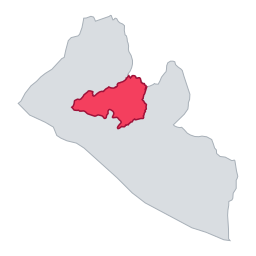 Bong highlighted on a map of Liberia
{"feature_id": "LBR-784", "entity_name": "Bong", "entity_type": "County", "adm_level": 1, "iso_a3": "LBR", "parent_name": "Liberia", "parent_adm1": "", "projection": "mercator", "projection_center": [-9.669, 6.93], "detail": "fine", "context": "in_parent", "style": "filled", "palette": "rose", "viewbox_px": 256, "rotation_deg": 0, "n_neighbors": 0, "source": "natural_earth", "source_scale": "10m", "svg_char_len": 5705}
<svg xmlns="http://www.w3.org/2000/svg" viewBox="0 0 256 256"><path d="M18.2,103.4L21.0,101.0L25.2,93.2L31.0,85.8L36.5,81.4L40.8,76.9L45.3,73.4L51.9,69.3L61.8,58.6L64.2,57.4L65.8,50.0L68.3,40.6L71.2,37.6L78.0,35.9L79.6,34.3L82.0,27.6L83.5,19.9L83.7,18.2L86.3,18.0L90.9,16.3L93.6,17.1L94.7,19.3L95.4,21.2L109.2,16.4L110.5,15.4L111.2,15.5L112.9,19.9L113.9,19.6L114.8,18.4L115.7,18.2L116.8,18.8L117.9,20.9L119.6,22.7L122.6,24.0L124.5,25.7L124.3,30.4L125.1,34.9L126.4,35.9L127.1,38.6L127.4,41.6L128.1,43.2L128.6,46.1L128.4,49.3L128.9,51.6L131.1,55.5L132.5,60.4L132.5,63.9L131.7,67.5L130.3,70.8L127.7,74.5L127.5,75.9L129.0,76.9L131.3,77.0L133.3,76.3L138.2,78.0L140.8,80.4L143.0,83.3L145.0,84.8L146.0,86.7L149.5,86.2L153.5,84.4L154.3,83.5L155.5,84.0L158.2,84.2L160.0,80.9L161.5,77.2L164.6,73.2L166.1,71.6L166.5,69.0L166.7,65.7L167.8,62.8L170.4,61.2L173.2,61.2L174.8,61.8L175.5,64.6L177.8,66.8L179.7,68.2L180.7,68.8L182.3,70.5L183.9,76.1L189.9,94.3L189.6,99.4L188.4,102.6L188.3,105.8L187.9,109.0L184.3,114.2L173.4,124.8L174.3,125.8L176.9,127.0L179.5,127.6L181.7,127.3L184.4,129.9L187.3,133.2L190.4,135.0L194.8,136.5L198.7,136.7L202.0,136.1L206.7,136.8L211.7,139.5L213.4,144.1L214.6,148.0L216.4,150.0L216.6,153.5L220.1,156.5L225.2,157.1L231.7,160.6L233.4,160.4L234.1,160.0L234.9,160.7L236.5,170.9L237.8,176.3L237.1,178.5L236.2,180.2L236.2,188.4L233.2,193.2L232.8,198.3L231.9,200.0L228.8,201.5L228.7,205.5L227.9,210.3L227.6,215.4L228.5,228.8L228.6,238.8L230.0,240.6L223.9,239.8L205.8,232.2L191.9,227.8L145.2,202.9L132.2,192.9L117.3,178.0L84.0,148.0L76.4,143.1L66.9,140.8L61.0,138.2L56.8,135.5L53.4,127.1L45.1,122.2L29.7,115.1L18.2,103.4Z" fill="#d9dde1" stroke="#a8b0b8" stroke-width="1"/><path d="M126.2,78.2L126.7,78.0L128.2,76.5L128.8,75.6L129.9,77.4L130.5,78.0L131.3,76.8L131.6,76.7L131.9,76.5L132.0,75.9L132.2,75.7L132.7,75.6L133.6,75.6L134.3,75.7L134.7,75.9L135.2,76.1L135.6,76.6L135.9,77.7L136.2,78.0L137.1,78.2L138.9,77.7L139.7,77.8L140.5,78.9L141.2,82.3L142.6,83.5L142.9,83.5L144.1,83.5L144.4,83.7L144.4,84.6L144.8,85.0L145.9,85.5L146.1,86.2L145.6,88.1L146.2,87.5L146.6,87.4L146.4,87.9L144.6,93.8L143.7,95.1L143.6,95.9L143.5,96.4L143.3,97.1L143.2,97.6L143.2,98.3L143.1,98.5L142.2,99.4L142.2,99.6L142.6,100.0L142.8,100.5L143.1,100.6L143.5,100.8L143.7,101.1L143.9,101.4L144.0,101.8L144.2,102.1L144.4,102.3L144.5,102.5L144.7,103.1L144.8,103.3L145.0,103.4L145.4,103.4L145.5,103.5L145.9,104.0L146.4,104.5L146.4,104.9L146.1,106.4L146.1,107.0L146.1,107.5L146.3,108.6L146.3,109.0L146.1,109.3L145.7,109.6L145.6,109.8L145.4,110.0L145.1,110.2L145.0,110.5L145.2,110.9L145.3,111.3L145.4,111.6L145.2,111.8L144.8,112.2L144.7,112.4L144.6,112.7L144.5,112.9L144.1,113.5L144.2,114.0L144.0,114.8L143.9,115.2L143.7,115.5L143.3,115.9L143.3,116.2L143.7,116.9L143.7,117.2L143.4,118.1L143.2,118.4L142.9,118.5L142.4,118.5L141.8,118.5L140.9,118.5L135.8,119.8L135.2,119.7L135.1,119.4L135.0,119.2L134.6,119.0L134.4,119.1L134.2,119.3L133.9,119.6L133.1,120.2L132.8,120.5L132.7,120.8L132.6,121.1L132.5,121.4L132.3,121.6L131.9,122.0L131.6,122.0L131.1,122.0L130.8,122.1L129.8,123.1L129.0,123.7L128.7,124.1L128.4,124.8L128.1,124.8L127.8,124.7L127.4,124.6L127.1,124.7L126.8,124.9L126.6,125.2L126.3,125.2L126.0,125.1L125.6,125.1L125.4,125.5L125.0,126.3L124.6,126.6L124.2,126.8L123.7,126.8L123.0,126.8L122.7,126.8L122.1,126.6L121.7,126.5L121.4,126.7L120.4,127.5L119.0,128.4L118.4,128.6L117.9,128.6L117.8,128.4L117.6,128.2L117.5,127.8L117.5,127.6L117.5,127.4L117.6,127.2L117.7,126.9L118.2,126.1L119.5,124.4L120.3,123.7L120.9,122.9L121.0,122.7L121.2,122.3L121.2,122.1L121.1,121.9L121.0,121.6L120.8,121.2L120.6,120.9L119.3,119.8L117.9,118.1L117.7,117.8L117.4,117.6L116.9,117.4L116.5,117.3L116.3,117.4L116.1,117.4L113.4,117.7L113.0,117.7L112.8,117.6L112.7,117.4L112.4,117.1L113.5,114.7L113.8,113.9L113.8,113.6L113.7,113.2L113.7,112.7L113.5,112.3L113.4,112.0L113.3,111.7L113.1,111.5L112.7,111.1L112.0,110.6L111.1,110.0L110.7,109.8L110.3,109.6L109.8,109.5L109.5,109.5L109.3,109.5L109.1,109.6L108.9,109.8L108.5,110.2L108.3,110.5L108.2,110.7L108.1,111.0L108.0,111.5L108.0,112.0L108.1,113.2L108.1,113.4L108.0,113.6L107.9,113.8L107.1,114.6L107.0,114.8L106.8,115.2L106.6,115.6L106.5,116.0L106.4,116.8L106.3,117.4L106.2,117.6L106.0,117.8L105.7,118.1L105.1,118.4L104.8,118.4L104.5,118.4L104.3,118.3L104.1,118.1L103.7,117.7L102.8,116.4L102.6,116.3L102.2,116.0L102.0,115.9L100.8,115.5L98.5,115.0L98.1,114.9L97.9,115.0L97.3,115.2L96.0,115.9L95.3,116.1L94.9,116.1L94.5,116.1L87.9,113.9L87.4,113.6L87.0,113.3L86.5,112.9L85.6,112.0L85.3,111.8L85.0,111.5L84.2,111.2L83.8,111.0L83.5,110.9L82.6,111.0L81.5,111.1L79.7,111.1L78.8,110.4L78.3,110.2L78.0,110.3L77.6,110.3L77.1,110.4L74.8,110.2L74.1,110.0L73.6,109.6L73.4,109.1L71.7,107.2L71.8,107.1L72.5,106.8L72.9,106.4L73.7,104.9L74.2,103.2L74.3,102.3L74.4,101.1L74.5,100.9L74.6,100.7L74.9,100.5L75.4,100.2L77.2,99.3L77.6,99.2L77.8,99.2L79.2,99.5L79.6,99.5L80.0,99.4L80.4,99.3L80.8,99.0L82.5,97.2L83.3,96.1L83.8,95.1L84.1,94.7L87.6,91.9L88.1,91.3L88.2,91.1L88.8,90.9L90.2,90.9L92.1,91.4L92.8,91.7L92.9,91.8L92.9,92.1L92.8,92.4L92.7,92.6L92.5,92.8L92.3,93.0L92.4,93.4L92.5,93.5L92.8,94.3L92.9,94.5L93.0,95.0L93.0,95.3L92.9,95.4L92.8,95.5L93.0,95.7L93.1,95.8L93.7,96.1L94.5,95.9L95.4,95.2L97.1,93.6L99.1,92.2L100.2,91.7L101.5,91.4L101.8,91.3L102.1,91.3L102.5,91.4L102.7,91.5L103.0,91.6L103.3,91.4L103.5,91.1L103.9,91.0L104.1,90.7L105.2,89.5L106.0,88.8L108.0,87.7L108.8,86.9L110.4,87.7L111.1,87.9L113.1,88.1L113.4,88.1L113.9,88.0L114.4,87.8L115.3,87.1L115.7,86.9L115.7,87.3L116.5,86.9L117.2,86.1L117.5,85.3L117.2,84.7L117.5,84.0L117.9,83.4L118.5,83.0L120.0,82.7L121.0,82.2L122.2,81.9L123.0,81.6L125.1,80.2L126.4,78.8L126.3,78.6L126.3,78.4L126.2,78.2L126.2,78.2Z" fill="#f43f5e" stroke="#9f1239" stroke-width="1.5"/></svg>